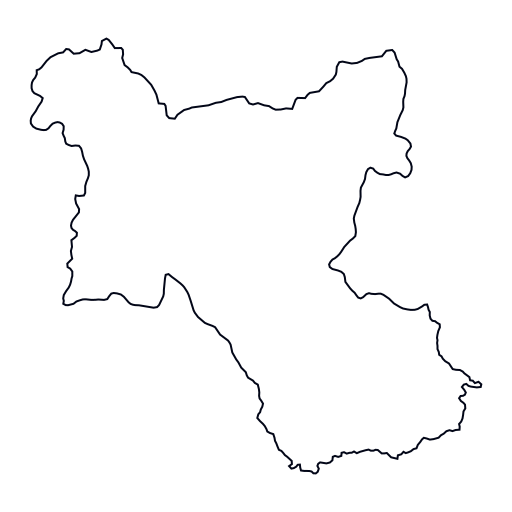 the district of São João do Paraíso, Minas Gerais, Brazil
{"feature_id": "56859067B19392310685118", "entity_name": "São João do Paraíso", "entity_type": "district", "adm_level": 2, "iso_a3": "BRA", "parent_name": "Brazil", "parent_adm1": "Minas Gerais", "projection": "albers", "projection_center": [-41.967, -15.359], "detail": "fine", "context": "isolated", "style": "outline", "palette": "ink", "viewbox_px": 512, "rotation_deg": 0, "n_neighbors": 0, "source": "geoboundaries", "source_scale": "gbopen_adm2", "svg_char_len": 5928}
<svg xmlns="http://www.w3.org/2000/svg" viewBox="0 0 512 512"><path d="M36.7,70.2L36.8,74.0L35.2,77.6L33.2,80.0L32.0,82.5L31.6,85.1L31.6,88.2L32.5,91.1L34.3,93.2L40.0,95.9L42.7,98.1L41.6,101.6L38.3,106.4L35.7,111.2L32.0,116.3L31.1,118.4L30.7,120.6L30.9,123.5L33.1,126.6L36.3,128.6L41.1,129.8L43.7,130.1L46.1,129.9L48.5,128.3L50.3,126.0L52.6,123.7L55.2,122.6L57.5,122.1L59.7,122.5L62.1,123.8L63.7,126.2L63.6,129.7L62.6,133.1L63.6,135.7L64.8,138.1L65.3,141.5L66.2,143.7L68.5,144.9L71.6,146.0L75.4,145.5L79.0,145.8L81.1,148.4L82.1,151.7L82.9,155.7L84.1,159.3L87.2,165.9L88.1,168.6L88.8,171.7L88.8,175.3L87.9,178.3L86.4,181.8L85.2,186.0L85.2,192.9L83.9,195.5L79.1,196.0L75.8,195.4L75.2,199.0L76.1,203.5L79.1,209.1L78.9,212.4L73.0,219.8L71.6,222.6L71.0,225.6L71.5,228.0L73.0,229.8L75.0,231.0L76.9,232.7L76.7,235.8L74.5,237.9L71.4,240.2L72.0,246.9L70.9,251.0L71.4,255.0L72.2,258.7L67.3,263.6L67.6,267.1L70.2,268.6L72.3,271.5L72.3,276.1L71.6,278.4L71.0,281.7L70.1,284.7L68.7,287.6L66.2,291.0L63.8,295.0L63.2,298.4L63.8,300.9L63.3,303.8L65.7,305.1L68.1,305.2L73.5,303.8L76.4,301.5L79.8,300.3L82.9,299.4L85.8,299.3L91.4,299.9L95.3,299.8L98.4,299.5L104.0,299.9L107.3,299.1L109.1,296.3L111.3,293.6L113.7,293.0L117.0,293.4L120.9,294.5L123.9,296.8L128.6,302.3L130.6,303.9L132.8,304.7L135.0,305.1L139.1,305.3L153.6,307.7L157.1,307.1L159.1,305.0L163.2,296.4L163.8,293.8L163.9,289.7L165.0,278.4L165.7,274.8L168.5,274.1L172.1,277.1L175.4,279.5L180.4,283.4L182.7,285.5L184.2,287.2L187.3,292.0L188.6,294.7L190.6,300.6L193.6,310.3L194.8,312.7L198.0,317.0L204.9,322.9L207.6,324.1L212.5,325.9L215.1,327.2L220.1,334.6L228.1,340.6L229.5,342.6L230.6,344.6L232.3,352.5L236.2,359.4L238.4,362.4L241.2,367.6L245.8,372.2L246.8,375.4L248.1,377.7L253.0,380.6L254.8,382.9L257.8,384.6L258.9,389.1L259.3,392.4L259.1,395.9L259.6,398.5L261.1,400.5L263.0,403.6L262.3,406.7L260.8,409.5L260.1,412.2L258.3,414.3L257.3,418.0L260.0,421.1L262.9,423.8L264.8,426.1L266.5,429.2L267.3,431.5L269.9,433.0L273.3,434.1L274.5,437.8L275.0,440.8L276.3,443.3L277.5,446.5L278.9,449.8L281.4,450.9L283.2,452.9L284.9,455.1L287.1,456.7L291.7,460.9L291.9,464.1L289.1,466.1L291.4,468.6L293.8,468.1L296.2,466.7L297.7,464.8L299.9,464.6L300.2,467.5L301.0,470.5L303.9,470.9L309.3,471.0L311.6,471.5L313.4,473.3L315.8,473.4L317.7,471.8L318.8,468.7L317.4,465.9L318.2,463.8L320.1,462.4L326.4,463.4L329.9,462.5L332.4,460.3L332.8,456.8L335.0,455.9L338.2,456.9L341.3,455.9L341.6,452.8L344.0,452.2L346.7,453.6L349.5,452.8L351.8,452.7L354.0,451.5L356.8,453.2L360.0,451.8L365.7,450.2L368.6,449.6L370.9,450.7L373.4,450.7L375.5,449.8L377.8,450.0L381.7,453.4L384.3,453.4L386.8,453.0L391.1,457.3L397.4,458.8L397.9,455.3L401.3,454.3L403.5,451.8L405.7,453.1L407.8,452.5L410.9,451.2L413.5,449.1L416.5,448.3L417.8,444.9L420.3,441.9L422.0,439.4L423.8,437.8L426.7,438.5L429.9,439.6L433.6,439.1L438.6,437.7L441.0,435.2L443.7,433.7L446.4,431.2L449.5,430.2L452.5,431.1L455.6,430.0L459.5,429.7L459.7,426.7L459.1,424.0L461.2,421.6L462.5,418.5L463.1,415.0L463.5,411.4L465.3,408.4L465.0,404.6L463.4,402.8L460.9,401.0L459.1,398.2L460.6,396.0L463.0,395.8L464.9,394.7L465.8,392.5L464.2,389.8L461.9,387.0L463.8,384.6L466.3,383.9L468.5,385.9L470.9,386.6L476.8,387.4L480.7,387.0L481.3,384.3L478.5,381.8L474.9,383.1L472.8,380.7L470.1,380.3L469.4,377.1L464.3,373.3L462.8,371.6L459.9,370.0L456.0,369.8L452.7,369.1L449.0,363.5L445.2,361.2L442.8,358.7L441.5,356.3L439.2,354.8L438.8,352.0L437.5,349.1L437.5,345.9L437.1,343.0L437.5,340.2L437.0,337.9L437.4,334.9L438.3,331.0L439.9,327.3L439.7,324.3L436.9,322.7L435.1,321.2L432.4,320.8L430.5,318.7L429.7,315.4L429.8,312.0L428.6,309.8L428.0,307.1L427.1,304.5L424.3,304.8L422.0,306.5L417.7,309.0L414.7,309.8L410.9,309.9L407.3,309.4L403.0,308.5L400.0,307.1L394.0,303.5L389.1,298.7L386.2,296.7L383.4,294.8L380.8,293.7L378.4,293.7L375.1,294.1L371.3,293.8L369.0,293.2L366.4,294.1L363.1,297.2L360.7,298.4L358.2,297.6L356.4,295.3L354.6,292.7L352.3,290.7L350.1,288.3L345.4,281.9L344.8,277.1L343.8,274.0L341.3,271.8L338.0,270.5L332.4,269.0L329.8,267.1L329.1,264.4L330.5,261.8L332.5,259.5L334.8,258.3L337.2,256.4L339.3,254.3L341.1,251.9L344.3,246.9L350.1,240.6L352.8,238.6L355.3,236.1L355.9,232.3L355.7,229.1L355.2,225.9L354.3,222.5L353.8,218.5L354.4,215.6L357.6,206.9L359.3,203.1L360.1,199.8L360.6,196.9L360.5,190.8L360.9,187.6L363.8,182.2L365.0,179.0L365.5,175.1L366.3,172.1L368.0,169.1L370.4,167.7L373.2,168.6L374.9,170.9L377.3,172.7L379.9,174.1L383.0,174.4L385.9,175.0L388.6,175.0L391.1,174.3L393.4,173.3L396.5,172.5L400.1,173.7L402.5,175.9L405.1,177.4L408.1,176.1L410.2,173.3L411.5,169.9L411.7,166.7L410.8,163.2L409.1,160.4L407.4,158.2L406.4,155.9L406.6,153.5L407.7,151.2L409.6,149.0L411.0,146.6L410.4,143.5L407.7,140.2L405.4,138.6L401.0,136.9L396.1,135.6L394.3,133.5L395.2,130.9L396.3,128.5L397.4,122.2L400.3,115.0L402.7,110.2L403.4,107.4L403.2,101.8L403.4,98.9L404.5,96.2L405.0,93.7L405.2,90.0L406.6,82.4L406.5,78.8L405.9,76.2L404.3,72.7L402.0,68.8L399.5,66.7L398.1,61.5L396.7,59.3L394.6,52.6L392.2,50.0L386.3,50.8L381.9,56.3L369.7,57.9L364.8,58.9L361.9,60.9L357.1,62.9L351.7,63.5L342.5,61.6L339.3,62.2L336.8,66.8L336.4,72.0L335.8,74.6L333.1,78.7L330.1,81.2L326.3,83.1L323.3,86.7L319.0,91.3L309.8,92.9L307.6,94.8L305.1,98.1L297.5,97.9L295.6,99.8L292.2,108.9L286.1,108.4L280.8,109.5L275.7,109.7L272.6,108.4L269.0,106.1L264.1,105.3L258.0,103.1L253.0,104.5L249.2,103.4L244.9,97.0L242.4,96.6L237.1,97.1L226.6,99.9L221.3,102.0L215.8,102.8L208.5,105.3L191.8,107.5L189.3,108.6L184.1,110.0L177.5,114.7L174.8,118.7L169.2,118.1L166.7,115.3L165.6,105.9L164.3,103.9L158.7,103.4L156.4,94.6L154.5,90.6L151.2,84.8L144.4,77.4L141.4,75.0L138.2,73.5L131.5,72.1L130.2,69.9L127.6,67.3L124.6,65.1L122.2,58.0L123.1,54.3L122.8,49.8L121.2,48.0L114.8,48.1L112.5,44.7L108.7,39.9L106.4,38.6L101.9,41.0L101.5,44.4L99.8,49.5L97.3,50.6L91.4,52.0L85.4,49.8L79.5,53.2L73.7,53.7L69.0,49.4L66.2,49.0L63.1,52.4L58.2,53.3L50.5,57.2L46.6,60.9L41.5,67.4L39.2,69.3L36.7,70.2Z" fill="none" stroke="#020617" stroke-width="2"/></svg>